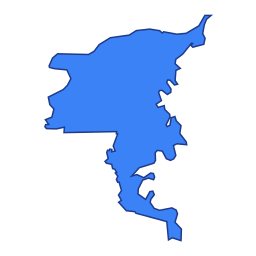 outline of Puerto Cortes, Cortés, Honduras
{"feature_id": "27666195B79582673708274", "entity_name": "Puerto Cortes", "entity_type": "district", "adm_level": 2, "iso_a3": "HND", "parent_name": "Honduras", "parent_adm1": "Cortés", "projection": "mercator", "projection_center": [-87.847, 15.757], "detail": "medium", "context": "isolated", "style": "filled", "palette": "blue", "viewbox_px": 256, "rotation_deg": 0, "n_neighbors": 0, "source": "geoboundaries", "source_scale": "gbopen_adm2", "svg_char_len": 1856}
<svg xmlns="http://www.w3.org/2000/svg" viewBox="0 0 256 256"><path d="M211.1,15.4L204.9,15.4L198.9,25.8L186.2,33.3L177.0,34.2L163.6,31.8L162.2,33.0L159.7,30.7L149.7,29.1L136.3,30.6L129.2,35.1L110.4,37.7L99.2,44.6L94.2,51.2L88.5,54.5L57.6,53.8L52.6,58.0L49.1,65.9L49.5,67.4L54.6,68.7L66.9,69.9L70.9,78.6L67.4,85.4L63.2,89.6L48.3,97.1L49.8,104.6L53.9,109.0L51.9,117.1L45.4,119.7L48.7,124.4L45.7,124.6L44.9,126.7L46.4,128.6L56.3,128.9L64.4,127.2L64.0,132.6L116.7,131.6L116.3,133.7L117.7,133.9L113.2,146.0L115.2,151.0L111.6,151.8L111.9,149.5L109.8,149.1L109.2,150.6L107.6,150.2L106.7,152.5L108.2,158.6L105.0,161.4L106.4,163.2L111.7,164.3L112.6,168.6L114.7,169.1L116.7,172.4L115.3,173.0L117.8,176.2L116.4,179.6L117.7,182.3L119.1,182.2L121.5,190.5L118.5,195.1L121.4,200.4L118.6,202.2L126.3,210.7L134.9,211.7L135.9,213.2L166.8,221.6L168.5,239.9L172.2,237.8L181.0,240.6L181.4,229.1L175.0,222.3L177.5,213.8L176.2,210.1L172.0,207.9L159.6,210.3L154.2,208.4L150.2,202.6L150.8,199.3L154.3,194.7L152.8,191.1L149.9,191.6L145.6,199.4L138.0,194.0L138.3,188.7L142.7,180.1L148.4,178.1L153.6,179.7L154.6,177.1L153.4,173.5L150.7,173.0L143.8,177.7L136.9,174.6L131.7,176.1L139.3,167.7L153.9,163.2L155.5,160.4L155.2,152.7L157.3,150.4L162.3,151.1L166.3,158.7L170.5,160.4L173.8,158.8L175.8,155.4L173.4,145.5L176.9,143.8L186.7,144.7L186.1,141.7L179.8,133.5L181.0,125.6L176.3,120.9L174.9,116.5L171.2,117.7L170.0,125.2L167.2,126.6L166.1,124.8L170.0,117.1L169.7,114.4L164.8,109.5L164.2,105.6L158.1,107.4L156.1,104.2L161.4,100.6L158.6,92.5L159.5,90.6L162.0,90.3L167.4,94.5L170.8,92.3L171.0,89.1L166.7,82.5L167.6,80.0L170.0,80.2L174.5,85.0L177.6,84.2L175.1,80.5L175.9,70.4L180.3,68.4L175.1,63.7L175.8,59.3L182.7,54.1L191.5,43.2L192.6,43.5L191.0,45.4L192.8,47.2L203.8,44.3L205.1,38.4L202.7,33.6L204.3,24.8L206.5,19.3L211.1,15.4Z" fill="#3b82f6" stroke="#1e3a8a" stroke-width="1.5"/></svg>